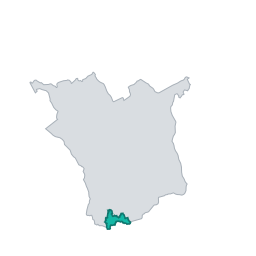 location of Dungu, Orientale, Democratic Republic of the Congo, rotated 152°
{"feature_id": "63176286B6974395638231", "entity_name": "Dungu", "entity_type": "district", "adm_level": 2, "iso_a3": "COD", "parent_name": "Democratic Republic of the Congo", "parent_adm1": "Orientale", "projection": "robinson", "projection_center": [28.274, 4.004], "detail": "fine", "context": "in_parent", "style": "filled", "palette": "teal", "viewbox_px": 256, "rotation_deg": 152, "n_neighbors": 0, "source": "geoboundaries", "source_scale": "gbopen_adm2", "svg_char_len": 7501}
<svg xmlns="http://www.w3.org/2000/svg" viewBox="0 0 256 256"><g transform="rotate(152 128 128)"><path d="M201.1,166.0L186.1,168.7L186.4,169.6L186.2,170.6L185.8,171.4L184.3,173.5L182.0,175.5L182.0,175.9L183.2,178.1L183.9,181.1L183.7,186.3L184.0,187.7L184.0,188.8L183.2,190.0L181.7,196.3L182.7,199.3L185.7,202.1L187.4,204.2L190.3,205.0L190.8,204.9L191.0,203.1L193.3,202.5L193.3,213.6L193.1,214.3L192.7,214.4L192.1,214.1L192.0,213.0L191.3,212.5L188.5,213.9L187.8,213.9L187.0,213.6L186.4,213.1L186.2,212.2L184.2,209.0L183.2,208.7L182.1,205.8L177.6,203.7L175.9,203.5L175.0,202.8L174.1,200.5L172.6,199.0L172.3,197.4L172.0,197.2L171.1,197.5L170.3,200.1L169.3,200.7L167.5,200.8L162.8,200.0L159.5,198.7L158.7,198.8L157.4,197.6L156.8,195.5L157.1,194.0L156.9,193.8L151.9,195.1L150.6,195.9L149.5,195.7L149.2,195.2L149.7,194.2L149.4,193.0L149.0,192.5L147.5,192.1L147.1,190.8L146.2,190.6L145.9,190.8L145.6,191.7L145.1,191.9L142.1,191.5L139.0,192.6L134.8,192.3L132.8,193.6L132.5,193.6L132.1,192.9L131.7,190.8L131.9,190.2L132.5,189.8L132.7,189.0L132.5,186.8L132.7,186.3L132.4,185.0L131.8,183.0L130.9,181.3L129.0,178.9L128.7,177.7L128.8,174.9L129.4,170.6L129.3,167.3L128.5,165.2L128.3,162.9L128.8,158.9L128.3,157.9L118.8,157.5L118.4,157.2L118.2,156.7L118.7,154.2L112.9,154.9L111.1,155.3L110.1,156.3L109.7,157.6L109.7,159.3L108.8,161.0L108.6,163.9L107.0,164.2L105.4,164.2L102.3,163.6L99.3,164.4L97.8,165.2L97.0,164.8L94.3,165.1L93.9,164.9L90.8,159.2L89.4,157.3L89.2,156.4L89.3,155.5L88.9,154.4L87.4,151.5L87.1,150.1L87.2,148.0L87.0,147.3L85.7,145.5L84.9,144.8L83.9,144.5L68.3,144.8L63.2,144.4L59.4,144.7L57.5,144.5L57.0,144.3L55.3,144.6L54.4,145.4L53.1,145.8L52.2,145.6L50.6,143.5L52.8,143.2L53.1,137.9L52.5,137.2L53.6,136.4L55.5,134.1L57.4,133.3L57.6,132.9L58.0,132.9L58.7,133.8L60.3,135.1L62.3,134.0L62.5,133.7L62.7,131.5L63.2,131.3L64.1,131.8L64.5,131.8L65.4,131.2L67.9,130.1L68.7,131.5L68.0,132.7L68.3,133.6L68.4,135.0L68.8,135.3L70.8,135.5L71.4,135.1L75.3,130.2L76.4,129.6L78.0,127.6L80.2,126.7L81.2,125.2L82.4,122.4L83.0,118.4L82.8,111.5L83.0,110.6L85.6,107.5L88.3,101.8L90.2,100.3L91.6,99.7L93.7,97.6L95.4,95.6L95.2,93.1L95.6,91.0L96.5,88.4L96.8,85.6L96.5,82.6L96.7,80.2L97.9,76.4L98.1,72.0L99.2,68.3L101.5,63.6L102.6,60.1L102.4,56.6L102.7,54.1L102.6,52.6L102.1,51.3L102.4,50.5L103.2,50.1L104.3,48.8L106.2,45.5L108.3,43.8L109.7,43.3L111.2,43.3L112.2,43.6L113.8,45.0L115.6,46.0L117.0,47.3L118.3,49.4L121.5,49.9L122.9,50.6L123.8,50.9L124.1,50.7L124.7,50.8L126.3,51.4L127.5,51.1L133.5,52.4L134.1,51.8L135.8,48.2L137.1,47.0L139.1,46.9L140.7,47.6L141.5,47.6L148.9,44.5L149.8,44.4L152.5,45.1L154.2,44.6L154.9,44.8L156.4,44.2L157.7,42.1L158.7,41.6L169.2,43.9L170.8,42.8L171.6,42.6L173.9,43.5L174.7,44.8L176.1,45.9L177.1,47.7L178.6,48.8L179.4,49.8L180.3,50.4L182.3,50.7L184.7,49.0L186.4,49.2L188.1,50.1L188.7,50.1L190.0,49.1L190.7,48.0L191.4,47.8L192.4,48.3L193.2,49.2L194.0,50.7L196.6,53.8L199.2,55.2L199.8,57.1L200.7,56.9L201.2,57.1L201.9,58.4L202.3,58.6L202.4,59.1L201.8,60.3L201.2,62.5L202.0,63.9L201.3,65.8L201.0,67.9L201.8,68.4L202.9,68.4L203.8,69.4L204.6,69.6L205.4,70.7L205.2,71.7L202.7,75.0L198.9,79.1L197.7,79.6L197.0,80.4L196.5,81.5L195.4,82.6L194.6,83.0L194.5,85.9L193.2,89.0L192.8,89.6L192.1,94.6L192.2,95.4L191.5,99.5L191.6,103.3L189.8,104.5L188.5,106.3L188.0,107.6L188.0,110.7L185.9,112.6L185.8,113.0L186.3,115.2L187.0,115.6L187.0,116.3L188.7,118.6L188.6,125.8L188.7,126.5L189.6,128.2L190.2,131.5L189.5,135.6L191.8,143.2L190.8,146.0L191.3,148.7L192.7,151.4L195.9,154.2L196.7,155.3L197.6,156.9L198.3,159.2L201.1,166.0Z" fill="#d9dde1" stroke="#a8b0b8" stroke-width="1"/><path d="M172.7,55.0L173.0,55.1L173.3,55.6L173.5,55.6L173.8,55.5L174.0,55.5L174.0,55.4L174.2,55.5L174.3,55.6L174.4,55.4L174.6,55.3L174.7,55.1L174.8,55.1L175.0,55.2L175.2,54.9L175.2,54.7L175.3,54.7L175.4,54.8L175.5,54.7L175.6,54.4L175.9,54.4L176.0,54.3L176.3,54.2L176.4,54.3L176.5,54.2L176.8,54.1L176.7,54.0L176.7,53.9L176.8,53.9L176.9,54.0L177.0,53.9L177.0,53.7L177.1,53.4L177.1,53.2L177.3,53.1L177.5,53.1L177.8,53.3L178.0,53.3L178.4,53.2L178.5,53.7L178.5,53.8L178.8,54.1L179.1,54.4L179.1,54.8L179.2,55.1L179.5,55.4L179.9,55.4L180.0,55.6L180.0,55.8L179.9,55.8L179.7,55.9L179.6,56.0L179.4,56.0L179.3,55.9L179.2,56.0L179.6,56.2L180.0,56.2L180.3,56.3L180.6,56.5L180.9,57.1L180.9,57.3L181.1,57.4L181.5,57.3L181.6,57.2L181.6,56.9L181.8,56.7L182.1,56.8L182.3,56.9L182.8,57.0L183.0,57.1L183.1,57.6L183.1,57.8L183.0,58.2L182.7,59.2L182.6,59.3L182.8,59.3L182.8,59.5L183.1,59.9L183.0,60.0L182.7,60.0L182.4,60.1L182.0,59.9L181.8,59.9L181.8,60.0L181.8,60.3L181.8,60.6L181.7,60.9L181.5,61.1L181.4,61.3L181.4,61.5L181.2,62.1L181.1,62.4L181.2,62.5L181.4,62.5L181.5,63.0L181.4,63.3L181.5,63.4L181.6,63.5L181.7,63.9L181.9,63.9L182.0,63.9L182.4,64.0L182.5,64.1L182.6,64.5L182.9,64.5L183.0,64.5L183.2,64.4L183.1,64.2L183.2,63.9L183.3,64.2L183.4,64.3L183.3,64.6L183.5,64.6L183.6,64.4L183.7,64.2L183.8,64.2L184.0,64.1L184.2,64.3L184.3,64.4L184.3,64.2L184.5,64.3L184.6,64.2L184.4,64.0L184.4,63.9L184.5,63.8L184.5,63.7L184.8,63.4L184.9,63.2L184.9,62.8L184.8,62.6L185.0,62.4L185.3,62.5L185.7,62.5L185.9,62.2L185.9,61.8L186.0,61.8L186.4,61.5L186.5,61.3L186.6,61.2L186.6,60.9L186.7,60.7L186.8,60.6L187.1,60.5L187.3,60.3L187.9,59.4L188.0,59.2L187.9,58.8L188.0,58.6L188.2,58.4L188.4,58.6L188.5,58.7L188.6,58.8L188.9,58.8L189.0,58.7L189.1,58.8L189.5,59.3L189.9,59.1L190.1,58.4L190.3,58.4L190.5,58.3L190.6,57.9L190.7,57.7L190.8,57.5L190.7,57.3L190.6,57.2L190.4,57.0L190.4,56.9L190.8,56.8L191.4,56.5L191.5,56.7L191.8,56.6L192.1,56.1L192.4,55.8L192.6,55.8L192.5,55.6L192.3,55.5L192.2,55.3L192.2,55.2L192.2,54.5L192.1,54.2L191.9,54.0L191.5,53.9L191.4,53.7L191.7,53.6L191.9,53.6L192.1,53.5L192.1,53.4L192.3,53.4L192.3,53.1L192.3,52.5L192.4,52.3L192.4,52.2L192.5,52.1L192.5,51.7L192.7,51.3L193.0,51.3L193.1,51.1L193.4,50.5L193.5,50.1L193.5,48.9L193.7,48.4L193.3,48.1L192.9,48.1L192.5,47.8L192.2,47.5L191.7,47.5L191.6,47.4L191.3,47.4L191.1,47.3L190.9,47.4L190.8,47.5L190.7,47.8L190.8,48.1L190.3,49.0L189.9,49.4L189.6,49.9L189.4,50.1L189.1,50.0L189.0,50.3L188.7,50.4L188.4,50.2L188.1,50.0L188.0,49.7L187.9,49.7L187.7,49.7L187.4,49.4L187.2,49.2L186.9,49.2L186.4,49.3L186.3,49.2L186.0,49.1L185.5,49.2L185.4,49.1L185.5,48.9L185.5,48.7L185.3,48.5L185.2,48.4L185.0,48.6L184.7,48.7L184.5,49.1L184.5,49.3L184.3,49.6L184.1,49.8L183.7,49.8L183.6,50.1L183.0,50.2L182.9,50.3L182.8,50.7L182.7,50.9L182.5,51.0L182.2,51.1L181.9,50.9L181.7,50.6L181.4,50.6L180.9,50.6L180.7,50.6L180.4,50.5L180.1,50.0L179.9,49.7L179.5,49.7L179.1,49.4L179.0,49.2L179.0,48.7L178.9,48.6L178.7,48.6L178.3,48.5L178.0,48.7L177.8,48.7L177.3,48.4L177.2,48.4L177.0,47.8L176.9,47.7L177.1,47.4L177.1,46.7L176.4,46.5L176.4,46.1L176.2,45.6L175.5,45.7L175.3,45.6L175.2,45.5L175.0,45.3L174.9,45.1L174.7,45.0L174.4,44.6L174.2,44.3L174.3,44.0L174.3,43.9L174.2,43.7L173.4,43.4L173.2,43.3L172.5,43.1L171.9,42.6L171.6,42.6L171.2,42.6L170.9,42.7L170.7,42.9L170.4,43.1L170.6,43.3L170.6,43.6L170.2,43.7L170.2,44.1L170.1,44.4L170.2,44.5L170.4,44.5L170.5,45.0L170.6,45.5L170.8,45.8L171.0,45.9L171.0,46.1L170.9,46.3L170.7,46.4L170.6,46.7L170.7,46.9L170.9,47.3L170.5,47.8L170.5,48.1L170.4,48.3L170.5,48.5L170.4,48.6L170.3,49.0L170.6,49.0L170.8,49.0L171.0,49.0L171.3,49.2L171.7,49.3L171.8,49.4L171.9,49.5L172.2,49.6L172.4,49.4L172.7,49.4L172.9,49.3L173.0,49.4L173.1,49.5L172.8,49.8L172.8,50.3L172.6,50.8L172.6,51.6L172.5,51.8L172.4,52.4L172.3,52.5L172.2,52.9L172.3,53.2L172.5,53.2L172.5,53.3L172.4,53.4L172.5,53.6L172.5,53.8L172.5,54.0L172.8,54.5L172.9,54.8L172.7,55.0Z" fill="#14b8a6" stroke="#0f766e" stroke-width="1.5"/></g></svg>